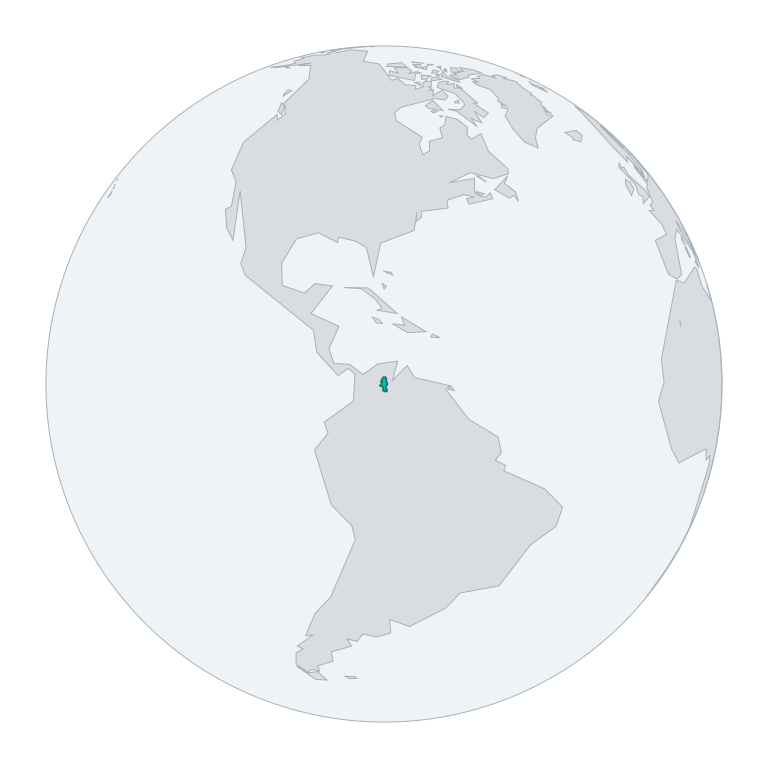 globe centered on Norte de Santander, rotated 16°
{"feature_id": "COL-1421", "entity_name": "Norte de Santander", "entity_type": "Department", "adm_level": 1, "iso_a3": "COL", "parent_name": "Colombia", "parent_adm1": "", "projection": "orthographic", "projection_center": [-72.935, 8.085], "detail": "fine", "context": "on_globe", "style": "filled", "palette": "teal", "viewbox_px": 768, "rotation_deg": 16, "n_neighbors": 0, "source": "natural_earth", "source_scale": "10m", "svg_char_len": 10400}
<svg xmlns="http://www.w3.org/2000/svg" viewBox="0 0 768 768"><g transform="rotate(16 384 384)"><circle cx="384" cy="384" r="338" fill="#eef3f6" stroke="#a8b0b8"/><path d="M353.4,382.4L345.5,378.7L337.6,388.6L310.7,372.0L301.4,351.8L220.8,317.8L213.1,307.5L213.9,291.2L192.4,237.8L199.2,287.4L189.8,277.4L183.4,259.6L188.4,255.4L186.0,230.0L178.3,220.3L182.4,190.1L207.1,154.3L208.7,159.9L214.4,151.6L212.7,144.5L210.2,142.1L227.7,112.0L225.8,98.0L214.1,101.5L225.4,95.5L195.6,108.7L187.4,111.1L203.5,103.9L210.5,100.0L208.3,98.6L215.0,94.5L217.8,91.8L225.9,87.3L234.7,84.7L240.2,82.1L238.3,81.4L245.3,77.4L247.2,78.5L259.7,71.9L276.6,68.7L275.1,79.5L291.3,77.7L307.7,90.0L313.0,86.5L322.6,90.5L332.4,88.3L332.6,92.2L340.2,87.3L338.0,84.3L340.6,81.4L346.2,80.1L347.5,84.5L344.9,85.8L348.2,86.5L346.5,89.4L350.5,87.3L351.4,93.4L358.7,85.8L366.3,89.5L364.7,94.1L354.1,95.5L324.3,113.2L319.4,120.1L323.1,127.5L352.7,136.2L351.7,143.9L358.3,152.8L363.7,147.1L360.5,138.3L372.3,131.1L367.0,122.3L371.0,118.5L369.8,109.7L381.5,109.4L393.5,114.2L395.1,121.8L400.4,124.6L408.3,116.6L420.2,131.4L443.7,143.0L445.5,147.7L432.3,156.4L408.6,157.1L391.4,172.5L414.2,161.4L418.4,174.9L424.0,177.1L430.6,176.2L433.5,170.9L437.4,175.9L416.3,187.7L412.4,183.3L419.2,179.3L408.1,180.2L393.9,190.1L397.1,197.2L372.2,207.8L374.2,213.4L369.9,219.4L368.4,209.6L370.6,228.1L341.9,249.6L344.4,284.2L329.3,257.5L316.1,254.6L300.2,255.3L300.3,260.8L279.2,256.7L259.9,268.6L252.3,296.1L259.2,317.4L282.7,318.4L290.0,306.5L307.3,304.0L294.4,336.4L324.7,341.0L321.4,365.4L330.2,378.0L345.5,374.7L361.3,380.6L372.6,366.3L390.8,358.3L391.2,378.2L401.2,359.9L411.5,369.3L447.7,367.6L444.9,372.2L475.4,394.7L508.2,403.5L515.8,417.6L511.9,426.7L523.1,428.7L523.3,434.5L567.6,440.6L589.7,453.3L588.6,473.4L569.3,497.9L550.1,546.4L514.9,563.8L504.8,582.6L475.4,610.1L454.3,608.8L459.1,621.4L446.5,629.3L432.4,630.2L429.1,638.9L418.7,639.3L425.0,644.8L407.3,656.0L411.3,664.6L398.2,673.0L401.2,677.8L396.5,677.7L391.4,679.5L390.7,682.1L376.7,677.7L373.6,666.6L379.2,660.9L373.0,659.9L384.9,644.6L378.0,647.8L380.9,623.9L391.4,603.5L399.4,541.8L392.3,529.2L366.5,514.5L335.4,466.5L343.8,446.7L337.0,437.2L359.3,408.8L353.4,382.4ZM66.9,281.2L69.4,273.6L68.7,278.6L66.9,281.2ZM70.5,268.9L69.7,271.5L70.2,269.3L70.5,268.9ZM70.5,267.3L70.5,268.5L70.2,267.9L70.5,267.3ZM70.3,266.1L70.5,266.4L70.4,266.7L70.3,266.1ZM342.4,296.0L377.1,312.6L357.3,314.9L361.1,311.7L352.3,304.8L336.0,298.6L318.6,302.4L342.4,296.0ZM71.0,262.0L71.3,260.7L71.8,260.2L71.0,262.0ZM358.3,276.7L352.2,275.4L358.2,275.2L358.3,276.7ZM208.0,141.9L212.0,145.0L211.1,153.4L207.0,151.1L208.0,141.9ZM210.8,127.7L214.6,127.3L207.8,135.1L207.8,132.8L210.8,127.7ZM204.1,105.6L206.1,106.3L201.9,107.2L204.1,105.6ZM216.7,92.3L214.1,93.6L216.7,91.8L216.7,92.3ZM363.5,110.7L366.6,110.2L365.2,112.0L363.5,110.7ZM360.1,107.5L356.2,110.0L354.0,108.9L356.4,107.4L360.1,107.5ZM231.5,83.5L236.5,80.6L232.9,83.0L231.5,83.5ZM365.3,104.9L350.6,106.8L346.8,105.0L352.9,98.0L365.3,104.9ZM240.4,78.7L252.3,72.9L247.4,74.9L268.0,66.7L251.0,73.8L247.4,76.1L245.5,76.4L240.4,78.7ZM335.0,83.9L337.5,87.1L330.3,85.7L335.0,83.9ZM329.7,83.9L303.9,85.9L303.0,81.3L311.8,81.2L306.5,77.0L318.8,73.6L324.4,75.2L322.6,78.7L328.7,74.9L329.7,83.9ZM277.5,63.6L281.7,62.2L279.0,63.3L277.5,63.6ZM341.1,80.1L336.0,80.6L334.8,76.6L344.9,74.9L342.0,76.7L341.1,80.1ZM299.1,77.8L300.0,75.0L310.2,71.3L311.9,69.9L319.0,73.2L299.1,77.8ZM345.1,77.0L350.0,74.3L355.6,75.2L346.1,79.4L345.1,77.0ZM330.3,76.4L330.2,74.5L333.5,74.9L330.3,76.4ZM378.2,78.4L372.1,78.3L371.0,76.1L378.2,78.4ZM351.5,73.2L349.6,72.9L348.4,72.2L352.7,70.8L351.5,73.2ZM325.7,70.7L329.7,70.1L323.3,69.1L330.7,66.9L334.0,69.8L335.7,67.6L337.9,67.0L338.1,70.1L325.7,70.7ZM353.7,67.5L360.5,71.3L372.1,71.4L373.4,73.2L354.5,72.8L353.7,67.5ZM344.5,68.7L350.5,68.2L349.1,70.4L344.2,72.0L344.5,68.7ZM334.4,64.6L322.3,67.2L322.0,66.6L334.4,64.6ZM357.3,67.0L355.6,66.1L358.3,66.7L357.3,67.0ZM341.8,64.7L337.5,65.5L337.3,64.7L341.8,64.7ZM355.7,64.0L357.9,65.1L354.6,66.0L355.7,64.0ZM349.6,63.9L350.2,62.7L352.2,65.8L347.7,64.4L349.6,63.9ZM342.2,63.8L340.7,63.6L344.1,63.6L342.2,63.8ZM366.9,60.1L370.1,63.8L362.8,65.7L360.7,61.8L366.9,60.1ZM399.9,686.8L377.8,679.3L390.3,682.8L399.4,678.7L410.8,684.3L399.9,686.8ZM426.5,675.8L436.7,673.3L439.0,674.5L432.5,676.7L426.5,675.8ZM639.2,162.5L640.7,164.3L646.6,171.3L652.3,178.6L654.7,181.8L641.7,166.3L636.0,159.8L619.3,146.7L626.0,153.9L642.1,167.3L641.2,167.1L650.3,178.7L642.6,169.8L623.1,154.9L623.5,163.9L639.9,196.7L636.8,202.3L627.1,199.9L605.2,171.2L614.5,162.3L606.9,153.6L591.3,144.3L595.5,142.9L590.3,138.5L592.5,135.5L582.2,122.6L582.4,119.4L565.5,106.9L563.3,104.0L573.9,111.9L581.4,116.3L580.4,110.6L576.4,107.3L565.4,100.1L566.5,100.2L556.1,94.0L549.1,89.2L548.8,90.5L536.0,83.7L524.7,77.6L520.4,76.0L538.7,86.3L546.1,90.4L552.5,93.3L572.4,106.8L575.6,110.7L554.5,98.6L556.6,103.4L539.3,93.4L500.5,69.4L490.9,64.4L499.6,66.5L512.4,71.4L512.8,71.6L518.1,73.8L540.9,84.7L562.7,97.2L583.6,111.3L603.4,127.0L622.0,144.1L639.2,162.5ZM275.7,63.9L268.0,66.7L247.4,74.9L275.7,63.9ZM695.1,515.9L706.3,484.3L713.9,456.6L717.4,437.0L718.3,397.3L718.7,372.1L717.0,363.2L714.6,368.3L711.6,357.9L709.4,359.3L689.3,378.6L678.1,366.8L652.7,325.1L652.7,304.8L643.8,284.0L636.4,203.6L644.8,204.1L650.3,186.0L652.8,187.1L662.9,202.6L675.7,213.9L667.0,199.4L667.3,199.8L679.5,220.0L690.2,241.0L699.4,262.7L707.1,285.0L713.2,307.8L717.7,331.0L720.6,354.4L721.9,378.0L721.5,401.5L719.4,425.1L715.7,448.4L710.4,471.3L703.5,493.9L695.1,515.9ZM650.6,240.7L653.6,246.9L653.6,247.0L650.6,240.7ZM448.8,367.3L453.2,371.0L447.4,371.3L448.8,367.3ZM354.5,323.0L361.8,323.4L365.7,326.4L360.0,327.4L354.5,323.0ZM416.6,322.6L425.0,324.1L416.2,325.9L416.6,322.6ZM382.6,314.7L409.8,322.1L392.6,328.1L375.5,323.8L387.4,321.9L382.6,314.7ZM354.7,287.9L359.3,289.3L357.9,292.8L354.7,287.9ZM362.6,276.6L360.8,277.0L358.5,274.1L362.6,276.6ZM419.6,174.1L421.4,173.4L428.1,173.7L425.0,176.0L419.6,174.1ZM457.4,163.1L462.8,171.4L456.8,166.6L453.6,170.8L436.9,166.7L445.5,149.9L444.6,157.9L457.4,163.1ZM417.1,158.1L426.7,161.6L415.9,158.5L417.1,158.1ZM559.6,120.8L564.8,122.1L570.4,127.5L570.0,134.4L561.9,126.4L559.6,120.8ZM570.7,122.9L549.8,110.7L549.2,106.8L553.1,110.9L554.8,109.5L561.5,115.9L581.3,125.4L587.5,130.9L583.5,138.9L581.4,132.8L576.5,131.5L570.7,122.9ZM497.7,95.2L488.7,92.3L499.0,87.2L506.2,90.7L506.4,97.0L497.9,96.8L497.7,95.2ZM378.8,93.2L374.7,94.3L374.3,92.8L377.5,90.7L378.8,93.2ZM375.5,78.5L396.5,88.1L392.8,89.5L409.5,94.7L406.4,100.6L395.7,96.8L405.8,105.9L394.8,104.9L402.7,111.0L379.2,101.9L369.8,102.2L381.5,99.4L384.6,93.7L383.2,91.4L372.0,85.3L353.3,84.1L353.4,79.2L358.5,76.1L363.0,75.6L361.5,78.8L368.6,75.9L369.8,80.2L375.5,78.5ZM417.8,55.8L414.1,57.4L428.6,56.8L430.0,59.2L431.6,59.0L436.8,61.4L445.9,64.3L445.0,65.4L448.9,66.1L452.5,68.1L457.6,69.6L457.7,72.4L463.9,74.7L460.4,74.8L471.2,78.2L463.2,77.1L467.0,80.2L472.7,79.6L460.7,96.2L461.8,105.6L467.1,114.6L452.7,112.8L438.5,103.9L426.6,93.0L427.6,84.9L420.9,86.1L419.4,82.8L425.3,83.2L415.3,80.7L415.6,78.3L404.9,71.6L390.3,70.7L386.0,68.7L391.9,67.9L383.6,66.5L391.8,63.8L389.0,62.5L394.3,59.1L407.3,59.0L403.1,57.7L406.9,55.6L417.8,55.8ZM368.8,59.1L384.1,57.4L392.3,58.2L379.7,64.0L381.1,65.6L373.3,70.4L361.5,69.4L364.8,68.0L365.3,66.5L368.8,67.4L366.3,65.6L370.8,63.8L370.2,62.1L375.3,61.8L368.8,59.1ZM649.0,180.4L649.7,180.0L649.3,178.0L655.1,185.7L649.0,180.4ZM636.1,170.3L635.8,168.5L643.8,177.4L643.0,178.2L636.1,170.3ZM628.9,160.4L635.2,167.7L631.3,164.2L628.9,160.4ZM572.9,110.2L571.8,108.4L574.3,110.0L578.1,113.0L572.9,110.2ZM461.1,58.3L457.7,58.1L455.7,57.5L444.3,55.9L442.4,54.5L448.5,54.9L461.1,58.3ZM457.1,56.5L452.6,55.8L454.5,55.6L457.1,56.5ZM440.4,53.5L441.4,53.0L440.8,54.2L440.4,53.5ZM429.0,49.5L434.5,50.3L432.9,50.3L429.0,49.5ZM280.1,62.6L281.6,62.3L277.9,63.4L280.1,62.6Z" fill="#d9dde1" stroke="#a8b0b8" stroke-width="1"/><path d="M383.6,376.9L383.7,377.1L383.7,377.3L383.8,377.5L383.7,377.7L383.8,377.8L383.9,378.0L384.0,378.0L384.3,377.8L384.5,377.8L384.8,377.9L384.9,378.0L384.9,378.3L385.0,378.6L385.0,378.9L385.1,379.1L385.2,379.4L385.2,379.7L385.3,379.9L385.4,380.2L385.4,380.4L385.5,380.7L385.6,380.9L385.7,381.0L385.8,381.1L386.0,381.2L386.1,381.3L386.2,381.5L386.3,381.6L386.5,381.8L386.7,382.0L386.8,382.1L387.0,382.2L387.1,382.3L387.2,382.5L387.2,382.9L387.1,383.0L387.4,383.5L387.5,383.9L387.5,384.1L387.4,384.3L387.3,384.2L387.2,384.2L387.0,384.3L387.0,384.5L386.9,384.6L386.7,384.7L386.7,384.8L386.7,385.1L386.8,385.1L386.8,385.5L386.7,386.0L386.6,386.6L386.7,386.9L386.8,387.0L386.7,387.2L386.7,387.3L386.7,387.5L386.8,387.8L387.0,388.0L387.3,388.0L387.6,388.1L388.1,388.1L388.3,388.1L388.5,388.4L388.5,388.5L388.4,388.7L388.5,388.9L388.5,389.1L388.6,389.3L388.9,389.9L389.0,390.0L389.3,390.2L389.4,390.3L389.5,390.3L389.3,390.3L389.2,390.3L389.0,390.2L388.9,390.2L388.4,390.2L388.2,390.2L388.2,390.3L388.1,390.5L387.9,390.4L387.7,390.6L387.6,390.8L387.3,391.1L387.2,391.1L386.7,390.9L386.5,391.0L386.4,391.0L386.2,390.9L386.3,390.7L386.2,390.5L386.2,390.4L385.8,390.5L385.7,390.4L385.6,390.5L385.5,390.4L385.4,390.4L385.2,390.4L385.1,390.5L385.0,390.3L384.9,390.3L384.8,390.2L384.6,390.2L384.3,390.1L384.5,389.6L384.6,389.4L384.6,389.2L384.4,389.0L384.3,388.9L384.5,388.6L384.5,388.3L384.5,388.2L384.4,388.1L384.2,387.9L384.2,387.7L383.8,387.3L383.7,387.2L383.6,386.9L383.5,386.7L383.3,386.8L383.2,386.8L382.9,386.7L382.6,386.7L382.4,386.7L382.2,386.9L382.1,387.1L381.8,387.2L381.6,387.2L381.4,387.1L381.0,387.0L380.9,386.9L380.7,386.9L380.6,386.7L380.4,386.4L380.2,386.3L380.1,386.2L379.9,386.0L380.1,386.1L380.3,386.2L380.5,386.3L380.8,386.4L381.0,386.3L381.1,386.2L381.3,386.0L381.4,385.9L381.5,385.7L381.5,385.3L381.5,385.2L381.8,385.0L381.8,384.9L381.9,384.7L381.8,384.4L381.5,384.4L381.4,384.3L381.4,384.2L381.3,383.8L381.2,383.7L381.2,383.3L381.2,383.2L381.3,383.0L381.3,382.9L381.4,382.7L381.5,382.5L381.6,382.2L381.5,381.9L381.4,381.8L381.2,381.8L381.2,382.0L381.2,382.3L381.0,382.5L380.9,382.6L380.9,382.4L380.7,382.3L380.5,382.2L380.7,381.8L380.7,381.7L380.6,381.4L380.4,381.2L380.3,380.9L380.4,380.7L380.5,380.6L380.8,380.4L380.8,380.2L381.0,380.0L381.1,379.9L381.1,379.7L381.0,379.4L381.0,379.2L381.1,378.1L381.1,377.9L381.2,377.7L381.5,377.6L382.1,377.6L382.4,377.6L382.6,377.5L382.8,377.3L382.9,377.2L383.0,377.2L383.4,376.9L383.6,376.9Z" fill="#14b8a6" stroke="#0f766e" stroke-width="1.5"/></g></svg>